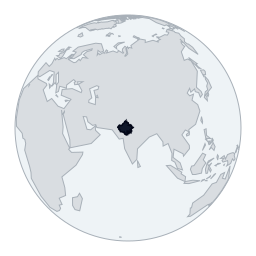 Rajasthan highlighted on a globe, orthographic projection
{"feature_id": "IND-3250", "entity_name": "Rajasthan", "entity_type": "State", "adm_level": 1, "iso_a3": "IND", "parent_name": "India", "parent_adm1": "", "projection": "orthographic", "projection_center": [75.292, 26.62], "detail": "medium", "context": "on_globe", "style": "filled", "palette": "ink", "viewbox_px": 256, "rotation_deg": 0, "n_neighbors": 0, "source": "natural_earth", "source_scale": "10m", "svg_char_len": 11807}
<svg xmlns="http://www.w3.org/2000/svg" viewBox="0 0 256 256"><circle cx="128" cy="128" r="113" fill="#eef3f6" stroke="#a8b0b8"/><path d="M159.6,19.9L165.0,21.9L170.2,23.9L166.9,22.8L178.8,27.8L184.8,31.5L176.3,26.7L174.0,25.8L177.3,27.8L175.7,27.4L176.3,28.2L174.1,27.6L169.3,25.2L167.8,24.9L170.2,26.3L169.5,26.9L166.2,24.8L164.7,25.7L156.3,22.6L149.4,18.6L143.0,17.6L131.2,15.7L130.5,15.9L125.6,15.7L123.0,16.0L121.5,15.8L120.7,16.2L122.5,16.3L122.7,16.6L121.4,16.8L119.3,16.6L119.7,16.4L118.3,16.5L117.9,16.4L117.3,16.6L115.0,16.5L115.3,17.0L111.7,17.4L110.7,17.2L113.5,16.6L116.5,15.9L125.2,15.4L133.9,15.5L142.6,16.3L151.2,17.8L159.6,19.9ZM102.8,18.2L104.6,17.9L101.3,18.7L96.6,19.9L94.3,20.5L92.2,21.2L92.1,21.4L85.5,23.7L77.2,27.5L76.4,27.9L84.9,23.9L93.7,20.7L102.8,18.2ZM174.4,25.6L172.5,24.7L174.9,25.8L174.4,25.6ZM176.8,28.4L177.9,28.9L177.7,29.1L176.8,28.4ZM106.2,17.5L105.4,17.7L106.2,17.5ZM108.1,17.2L108.6,17.0L109.6,16.9L109.2,17.0L108.1,17.2ZM174.3,28.5L173.8,29.0L173.5,28.1L174.3,28.5ZM107.2,17.4L111.2,16.6L112.9,16.4L113.1,16.6L107.2,17.4ZM173.0,28.9L171.8,30.3L174.1,31.3L167.1,29.4L170.4,28.7L169.6,27.4L171.4,28.5L173.0,28.9ZM123.7,16.3L121.7,16.1L124.6,16.0L123.7,16.3ZM125.5,16.2L134.2,16.0L136.4,16.5L133.1,16.3L137.0,17.0L133.9,17.3L131.0,17.0L130.2,16.6L129.6,17.0L125.5,16.2ZM163.4,28.3L162.4,28.4L162.6,27.9L163.4,28.3ZM123.1,16.7L124.6,16.5L126.7,16.9L124.0,17.3L124.2,17.0L123.1,16.7ZM139.6,17.2L140.7,17.7L138.4,18.0L138.5,18.2L134.0,17.4L139.6,17.2ZM123.0,17.1L122.5,17.6L120.3,17.7L121.7,16.9L123.0,17.1ZM128.4,16.9L129.2,17.1L127.9,17.1L128.4,16.9ZM112.2,18.7L114.0,18.3L115.2,18.4L112.2,18.7ZM122.5,17.7L123.3,17.7L124.0,17.8L123.2,18.1L122.5,17.7ZM132.7,17.7L131.6,17.8L134.5,18.1L132.9,18.5L130.1,17.9L130.7,18.3L130.2,18.5L128.5,17.9L132.7,17.7ZM124.5,18.7L120.5,18.4L116.9,19.0L115.7,18.9L121.7,17.9L124.5,18.7ZM127.0,18.2L125.2,18.5L124.6,18.1L125.5,17.7L127.0,18.2ZM132.8,19.0L135.9,18.6L136.4,18.7L132.8,19.0ZM123.6,18.9L124.6,19.0L123.4,19.0L123.6,18.9ZM130.1,19.0L131.1,18.8L131.7,19.0L130.1,19.0ZM125.7,19.5L124.4,19.3L124.9,19.0L125.7,19.5ZM127.8,19.4L128.3,19.7L125.9,19.0L128.2,19.2L127.8,19.4ZM130.4,19.3L131.1,19.3L129.9,19.3L130.4,19.3ZM124.4,21.0L121.3,20.2L122.5,19.4L125.3,20.2L124.4,21.0ZM16.3,118.6L19.2,99.9L21.0,95.5L23.6,88.6L37.7,75.4L38.1,79.0L46.3,83.4L46.9,85.1L43.2,89.8L47.2,101.5L51.7,98.5L58.0,106.2L64.0,108.6L71.0,99.3L61.2,95.2L62.2,89.5L72.2,88.6L81.2,92.6L81.9,90.6L78.5,84.3L82.9,81.7L77.6,81.8L78.0,84.4L74.7,84.7L74.2,82.4L75.7,81.5L73.7,79.6L66.7,84.9L66.4,88.1L59.7,86.3L58.4,91.5L55.8,92.8L56.8,84.5L58.5,82.2L58.5,72.3L56.1,74.6L56.0,84.2L55.0,82.8L51.7,86.4L53.4,82.6L54.2,72.0L49.7,70.5L39.8,76.7L38.0,75.5L38.3,71.7L46.0,62.7L49.2,66.4L51.9,63.7L54.8,58.2L55.5,60.0L57.1,58.3L58.6,59.7L64.2,57.6L66.3,58.7L71.8,54.3L73.6,54.4L69.8,56.8L68.3,59.4L73.9,62.7L76.0,62.2L79.1,59.2L80.2,60.7L82.6,57.4L87.4,58.2L83.4,54.7L87.0,51.6L91.7,50.3L92.2,48.8L84.5,50.9L82.1,52.4L81.1,54.6L73.9,58.7L71.3,58.5L76.2,52.1L73.0,51.2L78.2,47.1L95.7,43.2L101.4,43.8L103.7,51.0L100.5,52.4L98.0,50.4L97.2,55.1L98.8,53.3L99.7,54.7L103.4,52.5L104.2,53.4L106.3,49.9L107.7,50.8L106.4,53.0L113.1,51.0L117.0,52.5L118.1,51.6L118.1,50.3L123.0,53.3L123.6,52.5L122.3,51.2L122.5,49.0L124.9,46.3L126.5,47.5L125.8,48.6L126.8,52.9L124.8,56.0L125.7,56.2L127.8,53.9L126.6,48.6L127.6,46.7L128.7,49.0L128.4,48.0L129.4,47.4L131.8,48.1L130.9,45.5L139.7,39.0L145.3,40.0L145.2,42.5L153.0,40.3L158.7,42.2L157.4,40.9L160.3,39.4L158.5,38.7L158.1,38.0L164.7,34.7L167.4,35.1L168.8,32.8L168.2,32.2L166.2,31.8L167.1,29.4L174.1,31.3L175.2,32.5L178.8,33.2L180.9,35.9L184.3,38.7L184.5,41.7L187.2,43.9L188.3,44.0L192.7,47.3L198.1,54.4L188.9,48.3L179.9,39.0L183.2,42.6L181.0,41.8L181.3,43.2L183.7,45.9L184.8,46.2L181.3,51.8L184.2,60.4L187.5,59.0L191.1,60.9L197.3,71.1L196.5,87.4L201.1,91.4L202.4,94.5L200.4,97.2L198.6,92.6L195.3,91.7L194.6,88.9L190.8,92.2L189.6,88.3L187.2,93.1L189.7,95.8L193.5,94.1L192.0,100.2L197.7,104.6L199.9,111.0L195.6,124.3L188.9,129.5L188.8,131.7L185.3,130.0L181.9,134.9L189.3,145.3L189.5,148.7L183.5,156.2L183.1,153.8L174.0,149.2L173.1,157.4L180.1,162.8L182.5,169.9L177.5,168.4L174.9,162.2L171.7,160.4L172.0,153.4L168.1,143.5L163.1,146.1L162.9,141.8L156.8,133.7L149.2,137.1L137.5,148.8L136.8,159.4L132.4,164.0L124.7,148.8L123.1,138.3L119.2,139.1L112.2,129.8L96.8,127.5L95.7,124.6L92.6,125.4L87.9,121.8L86.6,116.9L83.2,116.5L87.0,129.3L90.7,129.8L95.3,126.0L95.5,130.3L100.2,134.8L91.2,143.5L70.1,147.8L69.8,139.6L63.2,114.4L64.5,112.2L64.5,111.9L64.5,111.3L62.1,114.8L61.5,110.0L63.1,126.9L62.6,133.6L69.7,148.2L68.6,149.2L71.5,152.4L82.9,152.1L82.5,154.6L76.0,165.2L61.9,176.9L64.8,187.5L65.6,195.5L59.2,198.2L62.1,204.5L59.2,205.1L60.6,208.3L59.5,210.5L56.9,211.4L49.9,207.3L47.5,204.2L41.1,196.3L31.3,178.3L31.0,172.4L29.6,166.4L24.7,150.1L25.7,143.5L24.8,139.4L22.9,138.2L22.2,133.4L21.2,132.0L16.5,126.3L16.3,118.6ZM29.9,84.1L28.8,85.9L28.8,86.0L29.9,84.1ZM88.7,102.5L95.3,104.6L95.6,97.4L98.1,97.7L97.3,95.3L95.6,96.9L94.0,90.4L98.0,89.4L98.8,86.5L96.7,85.7L89.6,88.8L91.8,97.9L88.9,100.1L88.7,102.5ZM64.1,49.0L63.5,50.6L61.2,52.0L58.6,51.4L61.9,49.3L64.1,49.0ZM63.2,52.6L68.7,46.9L70.6,47.3L68.6,48.0L69.3,48.9L66.3,50.2L62.6,56.5L60.3,58.2L56.7,55.7L59.1,55.4L59.6,53.8L63.2,52.6ZM79.7,34.5L82.1,32.8L83.0,35.8L80.6,37.0L77.9,36.3L79.0,34.4L79.7,34.5ZM106.7,18.2L107.6,17.9L108.2,17.8L107.9,18.1L106.7,18.2ZM112.9,18.5L103.5,19.7L104.0,19.3L97.9,20.9L96.9,20.6L100.9,19.5L95.5,20.7L98.8,19.6L95.0,20.6L104.0,18.3L106.7,17.6L104.1,18.4L104.9,18.6L106.1,18.5L111.4,17.8L117.6,16.9L119.4,17.2L119.0,17.7L117.8,18.0L117.0,17.6L116.0,18.3L113.9,18.0L112.9,18.5ZM113.8,27.4L113.4,26.2L111.0,28.8L108.9,28.0L108.7,28.3L106.1,28.4L102.7,29.1L102.1,28.6L101.0,29.2L99.3,29.3L97.6,29.9L96.0,29.3L93.8,30.1L94.3,29.4L91.0,30.9L92.8,29.5L90.7,29.8L90.1,31.0L85.6,27.5L82.4,27.6L78.7,28.6L82.3,26.5L88.0,24.3L94.2,22.8L96.8,23.2L97.9,22.3L99.5,22.3L98.0,23.0L101.3,22.0L102.2,22.2L107.7,21.8L112.0,20.5L114.1,20.4L112.9,21.0L115.8,20.6L115.0,21.8L116.5,21.8L117.1,23.3L113.8,24.7L115.8,24.7L116.3,26.0L113.8,27.4ZM124.4,21.4L121.0,23.0L118.2,23.4L118.3,20.8L117.0,20.6L117.0,19.2L121.1,18.7L120.7,19.1L121.3,19.4L119.8,19.4L121.5,19.6L121.0,20.2L122.2,20.6L120.8,21.0L124.4,21.4ZM49.2,84.0L50.0,84.9L51.5,85.6L49.6,88.1L49.2,84.0ZM49.6,76.8L50.5,77.1L48.5,80.5L47.7,79.8L49.6,76.8ZM52.8,74.4L50.8,76.8L51.4,75.0L52.8,74.4ZM70.9,57.0L72.1,57.2L71.5,58.0L70.0,58.8L70.9,57.0ZM106.2,36.0L106.4,35.0L107.1,34.9L109.7,32.8L111.4,33.4L110.6,34.9L106.2,36.0ZM68.3,100.4L65.6,101.6L65.1,100.3L66.1,100.1L68.3,100.4ZM56.3,94.7L58.2,97.3L55.8,95.3L56.3,94.7ZM108.5,36.3L109.3,35.4L109.7,36.3L108.5,36.3ZM112.9,33.8L113.6,34.7L111.9,33.2L112.9,33.8ZM119.8,236.7L121.6,237.3L119.7,237.3L119.8,236.7ZM82.4,198.6L79.7,210.8L75.0,209.6L72.6,205.5L72.5,197.7L77.5,196.7L79.5,193.3L82.4,198.6ZM204.7,180.7L207.1,180.3L207.0,180.8L204.7,180.7ZM202.2,180.0L205.1,179.2L201.6,181.2L202.2,180.0ZM206.2,178.9L209.1,177.0L210.4,175.9L210.1,176.9L206.2,178.9ZM200.2,180.7L188.8,183.6L184.0,183.4L185.3,181.5L192.9,180.2L200.2,180.7ZM184.9,181.5L177.5,178.2L166.4,165.6L170.4,165.3L181.8,172.2L181.1,173.8L185.6,176.7L184.9,181.5ZM202.3,168.5L201.5,173.1L195.3,174.5L192.4,174.5L190.4,169.3L191.6,166.1L194.0,165.6L202.6,153.2L205.7,154.7L203.3,159.8L205.8,162.9L202.3,168.5ZM137.4,160.4L140.4,166.5L137.9,167.5L137.4,160.4ZM205.5,145.0L202.4,150.5L205.0,143.6L205.5,145.0ZM206.7,138.8L207.2,141.0L205.5,139.2L206.7,138.8ZM189.3,134.9L186.7,136.0L186.4,134.4L189.4,132.0L189.3,134.9ZM201.5,116.6L202.6,121.4L202.4,123.2L200.8,120.6L201.5,116.6ZM124.7,42.1L119.2,44.1L116.4,46.4L116.7,48.8L113.9,46.5L118.2,42.9L124.7,42.1ZM137.6,39.2L137.4,37.4L139.0,37.8L139.3,38.3L137.6,39.2ZM136.4,38.3L133.2,36.9L134.0,35.7L136.4,37.0L136.4,38.3ZM120.7,36.1L118.9,36.6L118.7,35.8L120.7,36.1ZM209.1,206.2L208.6,206.6L210.8,203.8L208.9,205.8L211.9,202.3L208.6,205.9L209.3,204.2L207.7,204.7L190.6,216.2L187.6,216.7L189.9,214.1L190.3,208.0L191.5,207.8L192.7,203.0L203.7,195.2L212.1,183.9L216.4,182.4L220.8,174.4L224.6,172.5L222.4,178.3L225.2,179.0L230.1,165.8L228.8,176.2L228.8,178.1L227.5,180.9L222.1,189.9L216.0,198.3L209.1,206.2ZM210.6,179.0L214.2,174.4L215.9,173.4L210.6,179.0ZM238.6,149.4L238.5,149.8L238.6,149.0L238.6,149.4ZM238.9,147.5L239.1,146.7L239.0,147.2L238.9,147.5ZM238.9,146.9L238.9,147.6L238.8,147.2L238.9,146.9ZM238.7,147.6L238.6,147.2L238.7,147.6ZM234.2,155.5L235.1,159.0L233.8,160.6L232.5,158.9L230.6,163.5L226.7,165.9L227.9,163.3L227.6,160.6L223.0,162.1L222.0,160.6L223.9,158.3L220.5,158.4L224.2,155.6L225.5,159.0L227.5,154.6L230.6,153.3L233.1,152.6L234.7,153.9L234.2,155.5ZM223.8,164.8L224.4,164.4L223.8,166.0L223.8,164.8ZM238.2,146.4L238.4,147.5L238.3,148.2L238.2,148.3L238.2,146.4ZM235.2,152.7L237.1,147.3L237.5,146.9L236.1,152.1L235.2,152.7ZM236.9,145.5L237.6,145.1L237.8,146.5L237.6,147.2L236.9,145.5ZM216.3,164.7L216.1,166.0L215.0,165.5L216.3,164.7ZM217.7,163.4L220.7,163.3L217.3,164.6L217.7,163.4ZM207.5,163.3L208.5,165.8L211.8,162.8L209.3,166.3L211.3,170.0L210.4,171.9L208.5,167.8L207.5,173.1L206.0,173.5L205.4,169.5L207.0,163.7L208.4,161.0L214.2,158.0L207.5,163.3ZM217.7,160.1L216.9,157.2L217.5,154.8L218.4,156.1L217.7,160.1ZM214.0,150.4L211.3,147.5L209.2,149.8L213.2,142.8L215.1,146.7L214.0,150.4ZM211.3,142.8L209.3,144.9L211.1,141.0L211.3,142.8ZM208.6,143.8L208.1,141.2L209.8,141.0L208.6,143.8ZM212.3,142.5L212.1,137.9L213.3,140.2L212.3,142.5ZM206.5,135.4L210.7,138.6L205.8,138.3L204.1,129.6L206.1,128.8L206.5,135.4ZM208.1,96.3L206.8,94.0L208.2,92.8L208.7,94.7L208.1,96.3ZM211.5,87.5L208.1,91.7L205.2,95.5L206.8,96.1L207.4,100.7L204.3,97.4L205.3,91.8L207.7,89.8L206.7,86.2L207.6,83.0L205.3,79.0L205.3,76.8L208.1,79.9L211.5,87.5ZM204.2,77.3L200.4,70.1L203.7,69.9L205.2,71.4L205.6,74.7L203.8,74.6L204.2,77.3ZM200.5,68.4L198.8,68.3L189.7,59.3L188.6,57.5L197.2,63.7L196.0,64.0L197.7,66.4L200.5,68.4ZM163.5,28.9L162.5,28.4L163.8,28.7L163.5,28.9ZM157.1,37.7L156.8,36.8L158.2,37.0L157.1,37.7ZM156.6,34.5L155.2,34.9L156.1,34.0L156.6,34.5ZM152.2,36.0L154.4,34.8L153.2,36.7L152.2,36.0Z" fill="#d9dde1" stroke="#a8b0b8" stroke-width="1"/><path d="M120.1,125.7L122.1,125.3L122.1,124.9L122.6,124.5L122.9,123.7L123.9,123.2L124.5,122.2L124.7,121.5L125.4,121.2L125.7,120.9L125.6,121.4L126.7,121.5L126.6,121.8L126.8,121.8L126.8,122.4L126.7,122.5L126.8,122.7L127.2,122.5L127.6,122.9L128.2,122.8L128.5,124.0L129.4,124.9L129.1,125.1L129.3,125.1L129.1,125.4L129.2,125.6L129.6,125.6L129.5,125.2L129.8,125.2L129.7,124.9L130.0,125.0L130.2,125.3L130.7,124.8L130.9,125.0L130.8,125.9L131.1,125.8L131.1,125.6L131.5,125.6L131.6,126.1L132.1,126.8L131.9,127.0L132.2,127.2L131.7,127.4L131.7,127.7L132.3,127.3L132.8,127.5L132.9,127.3L133.2,127.4L132.9,127.8L132.6,127.9L132.3,128.2L131.2,128.7L130.2,129.5L130.2,130.3L130.6,130.5L130.9,130.6L131.4,130.5L131.5,130.3L131.7,130.9L130.8,131.1L130.8,131.4L130.7,131.5L131.1,131.8L131.2,132.0L130.9,132.2L130.7,132.0L130.8,132.8L130.5,132.7L130.2,132.7L129.6,132.5L129.2,133.2L128.8,133.3L128.7,133.6L128.3,133.2L128.8,133.1L128.8,132.3L129.0,132.2L128.9,131.7L128.3,131.8L127.8,131.7L127.8,131.4L128.0,131.5L128.2,131.4L127.9,131.4L128.0,131.3L128.0,131.1L127.7,131.1L127.6,131.4L127.5,131.5L127.2,131.3L127.2,131.6L127.4,131.6L127.3,131.8L127.1,131.6L127.0,132.1L127.2,132.3L127.0,132.6L127.4,133.1L127.3,133.4L127.4,133.8L127.2,134.1L126.6,134.5L127.0,134.8L126.2,135.0L125.6,134.4L125.0,134.2L125.0,133.9L124.8,133.9L124.8,133.7L124.5,133.5L124.6,133.2L124.5,132.9L124.3,133.1L124.1,132.8L124.1,132.5L124.3,132.4L124.1,132.3L124.1,132.1L123.7,132.4L123.1,132.1L122.9,132.2L122.6,131.9L122.2,131.7L121.8,131.8L120.4,131.7L120.1,130.7L119.8,130.3L119.8,129.7L119.1,129.6L118.8,129.2L119.0,128.0L118.3,127.8L117.8,127.5L118.0,126.7L118.5,126.2L119.0,125.5L119.4,125.1L119.8,125.1L120.1,125.7Z" fill="#0f172a" stroke="#020617" stroke-width="1.5"/></svg>